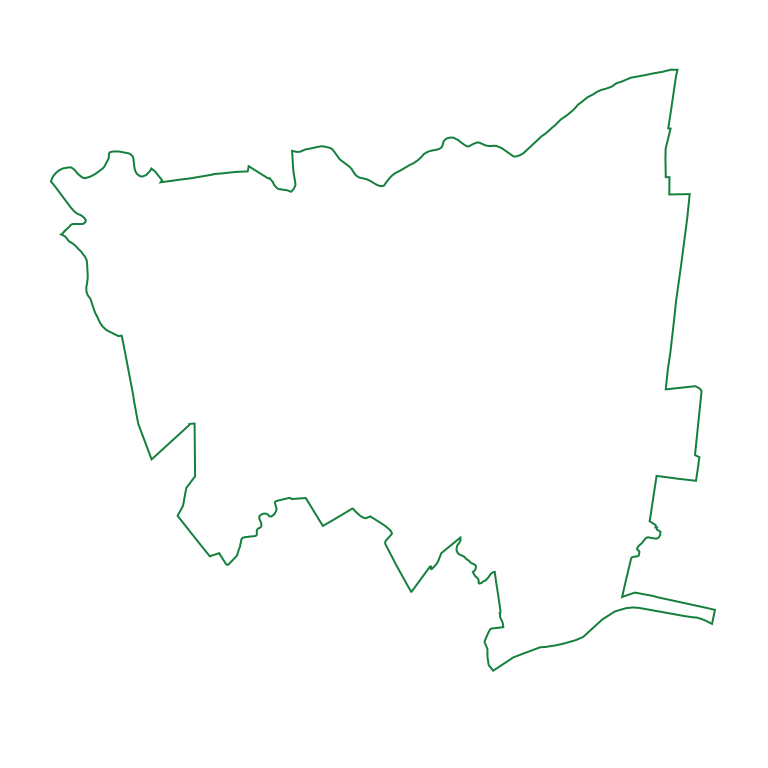 Bucovat, Timis, Romania (Equal Earth projection), rotated 356°
{"feature_id": "2599482B31690404831196", "entity_name": "Bucovat", "entity_type": "district", "adm_level": 2, "iso_a3": "ROU", "parent_name": "Romania", "parent_adm1": "Timis", "projection": "equal_earth", "projection_center": [21.395, 45.749], "detail": "fine", "context": "isolated", "style": "outline", "palette": "green", "viewbox_px": 768, "rotation_deg": 356, "n_neighbors": 0, "source": "geoboundaries", "source_scale": "gbopen_adm2", "svg_char_len": 6097}
<svg xmlns="http://www.w3.org/2000/svg" viewBox="0 0 768 768"><g transform="rotate(356 384 384)"><path d="M694.5,646.2L698.4,632.4L690.6,630.0L642.9,616.1L637.2,614.1L620.2,609.7L619.4,609.7L610.0,612.1L606.7,613.1L610.4,600.7L618.2,575.8L618.8,574.4L620.9,573.8L624.3,573.6L626.2,572.8L627.0,569.6L627.0,568.8L626.5,568.0L625.3,567.2L625.0,566.7L624.9,566.0L626.2,563.8L627.7,562.5L630.0,560.9L634.2,556.2L635.4,555.6L636.7,555.3L640.1,556.3L644.9,557.3L646.0,557.0L647.2,556.4L648.9,554.0L649.2,552.1L649.5,551.2L649.3,550.4L647.5,549.3L646.2,548.3L646.0,547.9L646.0,547.3L646.4,546.1L644.8,546.0L645.1,544.9L645.1,543.6L639.4,539.4L640.2,536.2L649.5,494.7L671.1,499.1L688.5,502.3L690.9,491.5L693.5,479.0L690.6,477.4L689.5,476.7L689.4,475.9L700.3,413.2L698.7,410.7L696.6,409.2L694.3,407.9L664.7,409.0L668.3,388.5L671.9,372.4L677.9,340.0L681.0,322.3L689.0,284.6L698.1,239.5L702.2,215.9L681.8,214.8L683.2,197.6L679.5,197.3L680.5,178.5L681.4,168.8L687.7,149.2L685.4,148.8L689.8,129.3L696.8,97.1L698.7,91.0L693.8,90.6L692.7,90.4L691.5,90.6L683.5,92.0L675.4,92.8L665.9,94.1L651.4,95.7L641.9,99.0L637.7,100.0L635.6,100.8L633.4,102.4L630.9,103.6L625.2,105.1L621.6,105.7L616.4,107.6L613.2,109.5L606.9,112.2L599.5,117.4L597.4,118.6L596.2,119.7L594.9,121.1L592.1,123.7L589.2,125.8L586.6,127.8L578.8,132.5L572.1,138.3L569.6,140.0L564.2,144.3L561.9,145.9L558.7,147.7L539.3,163.4L535.7,165.2L531.7,166.2L529.8,166.2L528.5,165.6L519.1,157.8L516.6,156.2L513.0,154.5L510.1,153.9L508.0,154.1L505.1,153.9L502.1,153.1L500.4,152.3L497.4,150.6L495.1,149.6L493.4,149.7L490.2,150.6L484.9,153.0L482.7,152.3L480.4,150.6L477.4,148.1L474.8,145.7L470.2,143.0L466.8,142.8L464.2,143.3L462.4,144.2L460.5,145.9L458.6,151.2L457.1,152.5L454.8,153.6L446.0,154.8L442.8,155.9L439.4,157.7L437.3,160.0L433.2,163.3L428.0,166.2L425.6,167.0L416.0,171.8L409.5,174.7L406.7,176.5L404.1,178.8L400.2,183.1L397.7,186.2L395.8,186.5L393.4,186.1L390.4,184.6L387.7,182.8L385.7,181.3L381.3,178.6L373.9,176.4L371.7,174.9L370.5,173.9L367.5,169.0L366.9,167.5L364.8,164.9L355.6,156.9L351.1,149.6L348.6,146.0L346.7,144.7L340.5,142.8L338.2,142.5L333.2,143.0L327.6,143.9L322.1,144.5L316.3,146.5L313.2,146.4L308.6,145.0L308.4,161.9L308.6,167.4L309.6,177.6L309.6,178.9L309.4,179.8L308.6,181.3L307.6,182.9L306.7,184.0L305.1,185.6L303.9,185.5L301.0,184.0L292.5,182.2L291.3,181.4L289.5,179.4L288.3,177.7L287.8,176.5L287.4,175.6L287.4,174.8L285.8,173.0L284.4,170.7L282.9,170.9L264.2,157.3L262.9,162.4L250.6,162.1L237.7,162.6L228.6,162.7L228.1,163.1L203.5,165.5L198.1,165.7L175.3,167.2L176.9,165.3L170.4,156.0L167.0,152.8L165.3,155.3L161.5,158.9L157.4,160.2L155.2,159.7L152.7,157.7L151.3,155.6L150.4,152.5L150.0,149.4L149.8,142.1L149.4,139.8L148.0,137.9L145.4,136.1L135.5,133.5L129.7,133.2L126.7,133.7L125.8,134.9L125.1,139.6L120.4,147.4L118.4,149.4L110.2,154.6L105.0,156.8L99.8,157.9L97.4,156.9L95.4,155.1L92.7,152.4L91.1,149.9L89.1,147.7L87.3,146.3L85.1,145.9L78.5,146.6L74.5,148.3L71.3,150.7L68.9,153.1L67.3,155.5L65.8,158.8L68.2,161.8L84.0,186.3L86.7,189.7L88.7,191.8L90.9,193.3L93.7,194.6L95.8,196.6L96.9,197.9L97.9,199.6L97.9,200.4L97.3,201.6L96.1,202.7L94.9,203.3L92.5,203.3L85.3,202.7L84.1,202.8L82.8,203.4L80.8,205.3L77.2,208.2L77.3,208.2L73.1,212.0L72.4,212.3L74.5,213.4L76.5,214.9L79.6,219.6L83.4,222.2L86.5,225.3L88.5,228.0L89.7,229.2L91.4,231.2L93.0,233.9L94.0,235.0L95.9,239.2L96.2,241.8L96.0,255.2L95.7,258.6L95.2,260.7L94.9,262.5L93.8,266.6L93.6,269.9L93.7,271.3L94.5,274.4L95.3,275.9L96.9,278.2L97.9,281.6L100.1,290.5L100.5,291.5L100.9,293.0L102.8,297.3L103.9,300.4L105.1,303.3L107.0,306.6L110.1,310.1L111.4,311.2L122.2,317.6L124.5,317.6L125.6,317.4L126.4,322.2L133.0,377.3L133.4,383.5L136.1,406.7L146.9,443.0L186.8,411.4L187.0,410.3L192.3,410.2L189.1,462.9L179.5,474.0L175.0,491.5L168.9,501.1L189.6,531.4L198.3,543.8L200.7,543.0L206.5,541.6L207.8,541.2L208.3,542.4L214.0,552.8L215.2,553.6L216.4,553.1L225.5,544.8L226.3,542.4L227.8,538.6L228.8,536.7L230.1,532.2L230.8,529.4L231.3,528.5L232.1,527.7L232.8,527.4L235.2,527.1L240.6,526.8L243.5,526.8L245.5,526.5L246.2,526.0L246.7,525.0L246.8,521.6L247.2,520.6L248.1,519.6L248.9,519.2L250.1,518.8L251.0,518.3L251.4,517.8L251.8,517.1L251.9,516.0L251.8,514.6L251.5,513.1L250.2,509.8L250.3,508.0L250.5,507.3L251.6,506.2L252.4,505.7L253.5,505.3L255.1,504.9L256.5,505.0L257.2,505.1L259.2,506.2L260.0,507.5L260.6,508.0L262.0,508.3L262.9,508.0L265.0,506.6L266.1,505.5L267.3,503.5L268.0,501.7L268.0,500.3L266.9,495.4L267.1,494.2L267.6,493.7L268.4,493.2L281.1,491.1L282.4,491.2L284.0,492.3L298.0,492.3L313.1,521.3L323.3,516.4L342.0,506.9L343.2,506.3L344.2,506.1L346.5,509.0L350.5,513.3L353.2,515.4L355.6,516.5L356.6,516.6L361.1,515.1L372.5,523.5L376.0,526.3L380.3,530.6L381.5,533.3L381.4,534.1L375.5,539.8L374.3,541.4L374.1,542.2L374.1,543.5L383.8,566.0L394.7,589.3L396.7,593.2L396.9,593.2L403.6,585.4L417.2,569.3L417.7,569.1L418.0,569.2L418.2,569.5L418.2,570.3L417.9,571.2L418.0,571.7L418.2,572.0L418.6,572.0L421.9,569.2L424.6,566.2L426.4,563.1L429.3,556.8L449.5,542.5L449.4,544.7L449.1,545.8L447.8,548.0L446.1,549.8L445.4,551.3L444.8,553.8L444.8,555.1L445.2,556.5L446.5,558.6L447.2,559.2L451.3,561.4L451.9,561.9L452.6,562.5L453.4,563.9L456.7,566.5L457.2,567.3L458.3,568.5L459.0,569.0L461.0,569.9L461.7,570.4L462.9,571.8L463.0,572.7L462.4,575.0L461.9,575.9L460.6,577.0L459.5,577.8L461.2,581.4L461.7,582.2L463.9,584.3L464.1,584.7L464.5,585.5L464.6,586.3L464.7,588.0L464.5,588.8L464.8,589.4L465.1,589.7L465.6,589.7L467.5,589.1L469.5,587.8L472.0,586.7L472.6,586.3L473.2,585.4L474.8,584.1L477.0,581.2L478.2,580.2L480.2,579.2L481.4,579.2L482.0,589.2L483.0,600.3L484.4,619.3L483.4,620.6L483.9,620.9L483.7,621.7L483.5,624.0L483.9,625.5L485.2,628.9L485.8,631.0L486.0,634.9L473.9,635.5L473.3,635.7L472.7,636.3L471.1,638.7L467.9,644.7L466.4,647.8L466.3,648.4L468.7,655.7L468.2,663.2L468.6,669.5L468.8,671.3L469.1,672.1L472.9,677.6L494.1,665.7L502.8,663.0L521.6,657.5L526.6,657.6L537.1,656.7L545.2,655.5L557.4,652.9L565.1,650.2L585.2,634.2L598.7,626.9L609.8,624.5L616.7,624.3L622.7,625.1L668.1,636.6L676.5,638.4L679.7,638.8L683.9,640.4L688.0,642.3L694.5,646.2Z" fill="none" stroke="#15803d" stroke-width="2"/></g></svg>